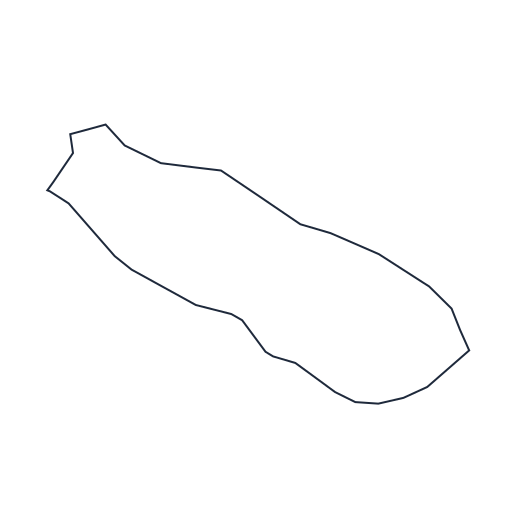 an SVG outline of Liquica, rotated 225°
{"feature_id": "TLS-542", "entity_name": "Liquica", "entity_type": "District", "adm_level": 1, "iso_a3": "TLS", "parent_name": "East Timor", "parent_adm1": "", "projection": "mercator", "projection_center": [125.297, -8.662], "detail": "fine", "context": "isolated", "style": "outline", "palette": "slate", "viewbox_px": 512, "rotation_deg": 225, "n_neighbors": 0, "source": "natural_earth", "source_scale": "10m", "svg_char_len": 589}
<svg xmlns="http://www.w3.org/2000/svg" viewBox="0 0 512 512"><g transform="rotate(225 256 256)"><path d="M38.5,340.0L42.3,284.5L51.4,260.0L65.1,238.1L82.5,222.9L103.8,215.7L152.5,208.2L172.9,197.1L181.5,195.0L220.4,200.8L232.4,197.5L263.9,178.8L334.3,158.4L355.7,156.0L425.7,160.7L447.5,156.0L450.0,154.9L451.6,164.8L458.2,199.4L473.5,210.8L462.1,230.6L455.3,242.6L427.0,241.3L388.9,254.4L360.1,276.8L341.2,291.7L298.6,300.0L247.1,309.8L219.4,324.9L170.4,344.2L119.7,355.2L112.1,356.9L80.5,357.1L59.4,348.0L38.8,340.1L38.5,340.0Z" fill="none" stroke="#1e293b" stroke-width="2"/></g></svg>